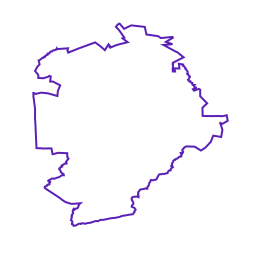 outline of Chikomba, Mashonaland East, Zimbabwe, rotated 96°
{"feature_id": "62879985B62139417575129", "entity_name": "Chikomba", "entity_type": "district", "adm_level": 2, "iso_a3": "ZWE", "parent_name": "Zimbabwe", "parent_adm1": "Mashonaland East", "projection": "equal_earth", "projection_center": [31.281, -18.846], "detail": "fine", "context": "isolated", "style": "outline", "palette": "violet", "viewbox_px": 256, "rotation_deg": 96, "n_neighbors": 0, "source": "geoboundaries", "source_scale": "gbopen_adm2", "svg_char_len": 5738}
<svg xmlns="http://www.w3.org/2000/svg" viewBox="0 0 256 256"><g transform="rotate(96 128 128)"><path d="M230.8,170.6L230.6,170.5L230.3,169.8L229.9,168.9L229.0,167.8L228.4,166.8L228.2,166.4L228.2,165.6L228.4,165.3L228.4,164.9L228.3,164.7L227.9,164.7L227.5,163.0L227.5,162.2L227.7,161.1L227.6,160.1L227.0,159.0L226.3,156.5L226.2,155.6L225.6,154.4L225.6,154.1L224.7,152.3L224.0,150.7L223.8,149.4L223.7,147.9L222.5,146.2L222.1,145.3L222.0,143.3L221.8,142.5L219.7,136.1L218.5,130.7L217.2,126.8L216.1,124.9L214.7,119.7L213.9,117.1L213.8,116.2L213.7,115.6L213.5,115.4L213.2,114.3L213.0,114.0L212.2,113.6L211.3,112.8L210.3,113.1L209.3,112.2L208.4,111.9L207.1,112.9L206.9,113.2L206.5,114.0L206.2,115.6L205.9,116.1L205.1,116.1L203.5,115.2L203.0,114.8L202.3,114.7L200.7,115.4L199.6,116.5L198.7,116.6L198.2,117.0L197.8,117.1L197.0,116.8L196.4,116.4L195.8,115.1L195.5,113.5L195.3,112.1L195.7,110.3L194.6,110.3L193.6,111.0L192.7,111.1L192.0,110.8L191.6,111.2L191.3,111.2L190.6,111.1L189.6,110.3L188.3,109.8L188.0,109.5L187.7,108.7L187.0,106.1L186.8,105.3L186.5,104.8L186.2,104.3L186.2,103.4L186.5,102.8L186.4,102.4L184.8,102.5L184.0,102.3L183.5,101.6L183.1,101.4L180.0,101.0L179.3,100.3L177.5,100.0L177.3,99.8L177.4,99.5L177.4,98.0L176.8,96.2L176.8,95.6L176.7,95.2L175.8,94.1L174.2,93.8L173.0,93.0L172.5,93.0L171.2,92.3L170.8,91.9L170.6,91.1L170.6,90.2L169.9,88.4L169.9,87.0L169.2,85.6L168.9,84.2L168.5,83.8L168.0,83.9L166.3,83.1L166.1,82.7L165.8,81.3L165.4,81.1L164.8,81.4L164.1,81.0L163.5,80.8L162.9,80.2L162.6,79.4L162.3,79.2L161.4,80.1L161.3,80.9L161.0,81.0L160.9,80.9L160.7,80.3L160.1,80.2L159.3,80.6L158.8,80.3L158.0,80.3L157.5,79.9L156.9,79.5L156.1,79.6L155.3,79.0L154.9,78.6L154.7,77.7L154.1,77.7L153.7,76.6L152.6,75.1L151.7,74.6L151.2,73.6L151.0,72.6L150.7,72.1L149.6,72.3L149.3,71.9L148.7,71.7L147.8,72.3L147.5,72.9L147.3,73.0L147.1,72.5L147.3,71.3L146.9,70.9L146.6,70.7L146.1,70.6L144.7,71.7L144.1,71.7L143.5,71.2L143.3,71.2L142.5,70.4L141.8,70.3L141.3,69.8L141.0,69.1L140.6,68.8L140.2,68.1L139.6,59.7L142.8,53.2L139.4,48.9L133.0,44.2L126.7,42.4L127.2,34.4L120.0,33.9L115.1,36.0L113.8,36.8L113.3,36.7L113.9,34.3L110.4,29.6L105.0,31.2L106.4,35.2L106.6,39.4L107.4,45.7L108.2,55.0L100.1,56.1L95.2,51.9L88.9,59.5L82.4,60.2L81.7,61.6L84.0,66.2L82.6,67.5L81.0,64.6L80.7,64.6L80.5,65.4L80.5,66.2L80.2,66.4L79.8,66.3L79.2,66.9L78.8,67.0L78.3,66.5L78.3,67.5L78.5,67.9L78.2,68.5L76.5,68.7L76.4,69.4L76.1,70.4L75.9,70.7L75.0,70.9L75.2,71.6L75.1,72.1L74.3,72.9L74.0,72.9L73.7,73.3L73.2,72.8L72.8,72.5L72.1,72.4L70.8,71.8L70.3,71.8L69.8,72.6L69.7,73.1L68.8,73.4L68.4,74.3L68.0,74.2L67.8,74.7L67.4,74.4L67.2,74.6L66.6,74.5L65.7,74.6L63.7,76.3L63.2,77.2L62.9,77.2L62.5,77.0L61.6,78.1L61.0,78.3L60.6,79.0L60.3,80.1L60.0,80.2L59.7,79.9L59.1,79.8L58.8,84.1L59.8,83.8L63.5,83.1L63.8,88.1L66.9,87.1L67.1,89.3L65.0,89.7L59.6,89.9L59.6,90.2L58.4,90.2L51.9,80.1L47.6,86.7L46.9,88.8L41.7,101.4L40.0,92.5L38.4,99.3L33.6,92.8L33.4,92.8L32.8,93.5L35.1,104.7L33.5,107.8L33.1,119.4L25.7,121.9L25.6,135.5L29.8,142.3L25.2,147.1L25.1,147.6L25.2,147.9L25.7,148.2L26.0,148.8L27.1,149.7L28.7,150.6L30.6,148.3L32.3,146.5L38.5,141.1L39.4,142.8L42.7,137.3L46.2,146.8L47.0,148.6L49.5,153.3L50.0,153.9L49.9,154.3L49.6,154.7L48.7,154.8L48.4,154.5L46.8,156.1L53.0,159.1L49.7,163.8L46.3,169.6L54.1,185.5L57.7,192.4L59.1,194.9L59.7,196.0L58.8,195.4L58.0,195.5L57.5,196.3L57.2,196.4L56.9,196.3L56.4,196.3L55.9,196.1L55.6,196.1L55.0,196.0L57.0,207.1L56.4,207.3L56.8,207.5L57.5,207.4L58.4,209.3L58.5,210.2L58.7,210.6L59.6,211.7L59.9,211.7L60.0,212.1L60.1,212.9L60.9,213.6L62.0,213.9L62.2,214.3L62.1,215.1L62.2,215.5L62.5,215.8L62.9,215.8L63.2,215.5L63.6,215.6L63.8,216.0L63.8,216.5L64.0,216.8L64.8,217.4L65.1,217.8L65.6,217.7L65.8,217.8L65.9,218.2L65.9,218.8L66.0,219.0L66.7,219.7L67.0,219.5L67.2,219.9L67.2,220.3L67.7,221.0L69.2,222.3L70.1,223.9L74.0,222.6L76.6,224.6L81.0,226.4L84.0,223.4L85.1,222.6L87.6,222.5L87.4,217.4L85.3,212.6L84.3,211.6L84.8,210.2L89.9,210.3L89.7,207.4L92.6,200.0L92.8,199.9L98.4,201.6L103.6,201.6L101.9,211.0L101.9,218.0L103.8,223.6L103.1,224.8L103.1,225.8L105.6,225.4L106.4,225.4L118.3,222.5L129.4,221.3L131.9,220.8L157.6,216.9L157.4,213.9L157.3,213.4L157.3,210.8L156.3,202.0L161.9,200.3L161.7,199.4L160.0,195.0L159.4,185.8L161.7,185.6L162.3,185.5L162.9,185.1L163.6,185.1L163.9,184.9L164.1,184.8L164.3,184.2L164.6,184.0L165.1,184.1L166.6,185.3L167.4,185.7L167.7,185.7L167.9,186.0L168.4,185.8L168.7,185.9L169.1,185.6L169.7,185.4L170.0,185.9L170.0,187.1L170.2,187.6L170.9,188.0L171.8,189.5L172.3,190.1L172.8,190.2L172.8,189.4L173.2,189.4L173.5,190.0L173.9,190.2L174.1,191.0L174.9,191.3L175.5,192.2L176.4,192.0L177.4,190.7L178.4,190.3L178.9,190.3L179.2,189.8L179.7,189.3L180.2,188.0L180.7,187.7L180.8,187.1L181.7,186.9L181.7,187.8L181.9,188.7L183.9,191.2L184.3,192.0L185.0,193.8L185.9,195.3L186.2,196.2L186.0,197.5L186.4,198.7L186.6,199.0L187.2,199.5L188.4,201.6L188.6,201.8L189.0,201.8L189.5,201.0L189.6,200.1L189.8,199.7L190.3,199.8L190.8,200.4L191.4,200.5L192.0,200.2L192.4,200.3L192.6,200.6L192.6,201.7L192.9,202.2L193.2,202.5L194.1,202.7L194.9,204.4L195.4,204.7L195.8,204.7L196.3,204.4L196.8,203.8L204.7,188.5L206.4,185.9L208.2,182.4L209.4,176.3L207.8,167.4L208.3,167.8L208.9,168.8L210.2,168.8L210.9,169.3L212.2,169.3L212.5,169.5L213.3,170.2L213.4,171.1L213.7,171.7L214.2,172.0L214.4,172.8L213.9,173.5L214.7,173.9L215.4,173.4L215.7,174.1L216.2,174.3L216.7,174.3L217.3,174.0L218.4,173.6L219.2,174.3L220.2,174.4L220.4,174.7L220.6,174.8L220.8,174.8L221.0,174.5L221.4,174.5L221.7,174.9L222.9,174.5L224.0,174.9L225.2,174.7L225.7,175.0L226.0,174.4L226.7,173.7L227.6,173.5L228.2,173.8L228.5,173.7L229.4,173.8L229.6,173.6L229.4,173.1L229.5,172.8L230.2,172.2L230.9,172.0L230.9,171.7L230.8,171.2L230.8,170.6Z" fill="none" stroke="#5b21b6" stroke-width="2"/></g></svg>